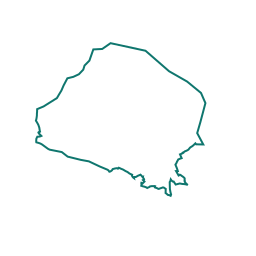 Ilorin West, Kwara, Nigeria (Equal Earth projection), rotated 138°
{"feature_id": "59680162B83241100924072", "entity_name": "Ilorin West", "entity_type": "district", "adm_level": 2, "iso_a3": "NGA", "parent_name": "Nigeria", "parent_adm1": "Kwara", "projection": "equal_earth", "projection_center": [4.537, 8.465], "detail": "fine", "context": "isolated", "style": "outline", "palette": "teal", "viewbox_px": 256, "rotation_deg": 138, "n_neighbors": 0, "source": "geoboundaries", "source_scale": "gbopen_adm2", "svg_char_len": 2766}
<svg xmlns="http://www.w3.org/2000/svg" viewBox="0 0 256 256"><g transform="rotate(138 128 128)"><path d="M141.7,49.1L140.5,49.7L139.5,51.7L137.8,54.5L133.2,59.9L132.1,60.2L130.6,61.2L130.8,59.8L130.5,58.1L129.9,57.7L130.4,54.1L127.0,52.3L126.6,52.1L125.5,50.6L124.9,49.9L124.4,49.4L123.5,48.4L122.6,47.2L122.1,46.4L121.8,46.5L122.0,48.0L121.9,49.1L121.8,50.1L121.4,50.8L121.1,50.8L120.8,51.5L120.3,51.9L119.9,52.2L119.7,52.6L119.5,53.2L119.8,55.3L120.2,56.7L120.3,57.6L120.7,58.6L121.5,58.6L122.2,58.8L121.1,63.8L119.8,62.7L119.1,64.2L118.4,65.9L117.7,67.9L117.3,69.0L116.8,69.2L116.1,69.3L114.9,69.8L113.9,70.3L113.0,70.5L111.8,71.0L110.2,70.5L108.3,69.7L107.0,73.6L105.4,73.0L103.8,72.6L103.7,73.0L102.6,72.7L101.7,72.6L101.3,72.6L100.4,72.2L99.1,71.8L98.2,71.6L97.6,71.5L95.0,71.9L93.5,71.7L92.6,71.5L91.0,71.4L88.2,71.5L88.3,70.3L83.1,65.4L80.0,77.9L70.2,84.0L53.8,94.7L50.3,105.2L53.0,123.0L59.5,142.7L63.3,173.7L84.2,202.7L94.3,204.0L101.2,209.6L111.6,203.9L118.5,203.5L122.2,201.3L128.5,200.8L134.4,202.6L139.8,205.5L147.4,202.7L152.4,200.4L156.7,199.1L160.8,197.8L176.3,200.5L182.9,202.8L184.8,200.8L186.0,199.7L187.4,198.2L188.8,197.0L189.7,196.3L189.9,196.1L190.2,195.9L191.5,195.1L191.9,193.0L192.5,190.4L193.7,187.6L195.4,185.0L195.8,184.2L196.4,184.4L197.2,184.7L197.5,184.6L197.4,183.8L197.9,183.6L197.7,180.1L198.4,180.3L199.4,180.8L200.0,181.2L200.9,181.9L201.2,182.2L203.2,181.4L204.6,180.1L205.3,179.3L205.7,178.7L204.4,176.7L203.5,175.0L202.9,173.3L201.4,166.1L200.7,164.3L193.3,154.4L192.0,147.1L184.4,135.9L179.4,129.4L174.7,118.2L173.7,116.1L171.2,110.8L170.9,109.7L171.1,108.0L170.2,107.5L168.9,107.3L168.1,107.3L166.9,107.7L164.7,106.6L162.9,105.4L162.7,104.5L162.2,104.4L161.6,104.4L161.4,104.5L161.3,104.3L161.0,103.7L160.7,103.0L160.3,102.0L160.0,101.5L159.9,101.3L159.4,100.2L159.0,98.8L158.6,97.5L157.8,95.6L157.4,93.4L157.2,92.8L156.2,90.5L156.9,90.1L157.0,89.7L157.2,89.1L157.3,87.8L157.1,86.8L156.6,87.7L155.7,87.1L155.1,86.4L154.2,86.2L152.3,85.8L150.5,85.1L150.0,85.0L149.9,84.3L149.9,83.6L149.9,83.0L149.9,82.3L150.0,82.1L150.0,81.8L149.9,81.8L149.6,81.7L150.0,81.4L150.0,81.1L150.0,80.9L150.1,80.7L150.2,79.6L150.5,79.0L151.7,79.3L151.7,78.9L151.7,78.3L151.6,77.7L151.6,77.2L152.1,77.2L152.8,77.1L153.6,77.1L154.3,77.0L154.6,78.1L154.7,78.3L155.0,78.1L155.5,77.3L156.3,76.5L156.8,76.2L156.7,76.0L156.4,75.5L156.1,74.9L155.4,73.9L155.0,73.4L154.6,72.5L154.1,71.6L153.9,70.6L153.3,70.5L152.7,70.2L151.3,69.8L150.8,69.9L150.6,69.8L149.4,69.0L148.4,68.1L147.1,67.1L146.8,66.6L147.7,66.1L147.8,65.9L146.7,63.9L146.2,62.5L145.8,62.1L145.2,61.9L144.0,61.4L142.9,60.9L142.0,60.6L141.3,59.9L141.1,59.0L140.7,57.5L143.6,54.5L143.3,53.3L143.2,51.8L142.9,51.2L142.4,50.8L141.7,49.1Z" fill="none" stroke="#0f766e" stroke-width="2"/></g></svg>